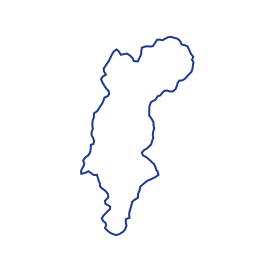 the district of Pedra Bonita, Minas Gerais, Brazil, rotated 206°
{"feature_id": "56859067B30367542066922", "entity_name": "Pedra Bonita", "entity_type": "district", "adm_level": 2, "iso_a3": "BRA", "parent_name": "Brazil", "parent_adm1": "Minas Gerais", "projection": "orthographic", "projection_center": [-42.378, -20.47], "detail": "fine", "context": "isolated", "style": "outline", "palette": "blue", "viewbox_px": 256, "rotation_deg": 206, "n_neighbors": 0, "source": "geoboundaries", "source_scale": "gbopen_adm2", "svg_char_len": 2253}
<svg xmlns="http://www.w3.org/2000/svg" viewBox="0 0 256 256"><g transform="rotate(206 128 128)"><path d="M80.1,99.2L81.9,101.5L84.2,102.7L86.1,104.8L88.8,107.0L91.5,107.7L94.0,108.6L98.1,109.7L102.6,110.0L104.8,111.9L103.8,115.3L102.0,117.8L101.1,120.2L100.0,123.4L100.7,127.5L101.0,130.4L102.8,132.7L103.8,135.9L104.3,139.3L106.0,141.2L107.8,144.6L111.6,147.0L114.6,148.7L115.7,151.3L117.0,154.0L118.2,156.6L118.6,159.1L118.5,161.8L117.0,163.6L115.6,165.8L115.3,169.5L113.2,171.5L112.7,174.1L111.8,177.0L109.6,178.7L106.4,179.2L103.7,180.5L102.3,183.7L102.5,187.4L103.1,190.1L102.8,192.9L100.0,194.7L98.1,197.8L97.4,200.8L96.5,203.6L95.6,206.4L96.1,209.8L97.3,213.2L98.0,215.9L100.4,217.3L100.5,220.6L103.9,222.2L106.4,224.3L108.5,226.1L110.4,227.5L113.0,227.3L116.4,226.6L119.5,229.1L122.8,230.0L125.6,229.3L129.0,228.9L131.5,227.4L133.5,224.9L135.3,222.1L137.8,221.5L140.5,220.1L141.0,216.5L141.4,212.6L143.6,211.0L146.1,210.1L148.8,208.3L150.7,206.2L149.8,203.0L148.5,200.1L148.4,195.5L148.4,192.1L152.1,190.7L154.6,192.9L158.5,194.1L161.6,194.4L164.0,192.6L166.6,190.7L170.0,192.9L172.7,193.6L174.3,190.6L174.7,186.5L174.6,183.6L174.6,181.0L175.0,176.9L175.6,173.3L175.9,170.8L174.6,168.5L171.2,166.3L173.3,162.9L173.7,160.2L171.3,158.0L167.9,155.7L164.6,153.8L161.6,152.7L159.9,150.5L160.1,147.9L162.5,145.0L162.0,141.5L162.0,137.7L162.5,135.1L162.6,132.6L163.1,129.6L165.0,126.2L163.4,122.9L162.9,118.8L161.5,115.2L159.3,111.9L158.8,107.9L157.5,105.5L155.3,103.9L152.7,101.5L152.1,98.5L154.0,96.6L152.5,93.2L151.4,89.5L151.7,86.0L153.6,82.5L154.1,79.1L151.6,76.7L151.3,74.3L151.5,71.6L151.3,68.6L149.9,66.4L147.9,68.0L146.1,69.7L144.6,71.8L141.5,71.3L138.3,70.7L135.5,72.3L133.5,70.3L131.5,68.0L129.0,65.9L127.6,63.3L124.9,62.3L121.6,61.8L119.2,60.9L117.1,59.9L115.3,57.1L116.8,52.3L115.0,50.0L112.6,49.9L109.6,49.6L108.6,47.2L109.7,44.9L110.6,41.6L111.7,38.4L111.9,35.1L109.4,33.5L106.7,32.9L105.0,31.0L104.8,27.9L101.0,26.6L98.5,26.1L95.6,26.0L91.6,26.6L89.0,29.2L86.8,32.8L86.1,36.3L86.7,39.9L88.8,42.4L89.9,45.2L87.3,48.0L88.7,50.0L89.8,52.9L90.4,56.3L91.0,59.7L91.9,63.7L90.5,66.6L88.5,69.7L90.0,72.9L90.2,76.5L91.2,80.8L89.6,84.6L87.6,88.9L85.4,91.4L83.8,93.5L81.6,96.2L80.1,99.2Z" fill="none" stroke="#1e3a8a" stroke-width="2"/></g></svg>